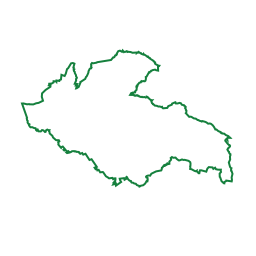 the district of Teuchitlán, Jalisco, Mexico, rotated 76°
{"feature_id": "50627088B99010084174784", "entity_name": "Teuchitlán", "entity_type": "district", "adm_level": 2, "iso_a3": "MEX", "parent_name": "Mexico", "parent_adm1": "Jalisco", "projection": "albers", "projection_center": [-103.827, 20.68], "detail": "fine", "context": "isolated", "style": "outline", "palette": "green", "viewbox_px": 256, "rotation_deg": 76, "n_neighbors": 0, "source": "geoboundaries", "source_scale": "gbopen_adm2", "svg_char_len": 5780}
<svg xmlns="http://www.w3.org/2000/svg" viewBox="0 0 256 256"><g transform="rotate(76 128 128)"><path d="M56.0,166.3L52.6,164.4L51.6,165.8L51.5,167.6L55.5,171.6L56.1,172.9L60.2,175.2L62.2,176.9L60.3,179.7L64.7,181.3L65.0,183.0L65.7,183.3L64.6,185.9L65.8,186.3L65.4,186.5L64.6,188.9L65.8,189.3L66.4,191.3L66.0,193.7L66.7,193.8L67.4,194.4L67.9,192.9L69.2,193.3L71.1,198.7L73.6,203.0L76.9,204.1L81.0,203.9L82.0,208.7L81.8,211.2L82.2,214.1L81.2,217.9L80.9,218.1L80.6,220.2L78.9,223.5L78.6,224.9L93.7,223.5L94.0,223.9L96.1,224.0L96.8,223.6L98.4,224.1L99.4,223.8L100.5,222.8L100.9,223.4L101.8,223.3L103.5,222.6L103.8,222.3L104.0,220.8L105.5,218.9L105.8,217.8L106.1,217.6L107.8,217.7L108.6,217.1L107.8,216.0L109.6,215.6L110.2,213.4L109.2,211.9L109.9,210.6L111.8,209.5L111.8,208.9L110.4,208.0L110.0,206.7L111.0,205.5L111.1,204.8L112.1,205.4L112.5,205.1L114.4,205.3L117.2,203.3L119.1,203.0L122.3,200.8L122.9,199.4L122.8,198.9L123.2,198.0L124.3,197.8L125.0,199.2L125.9,199.1L127.2,199.6L130.3,198.1L131.0,197.7L130.4,197.2L130.2,195.8L133.1,194.4L133.6,195.8L134.4,195.3L134.0,194.0L136.0,193.0L135.9,191.6L136.7,191.1L137.0,193.6L137.6,193.2L137.7,190.3L137.4,190.0L137.5,189.1L137.0,188.0L137.4,185.9L137.8,185.5L137.7,185.1L138.1,184.2L138.6,184.0L139.2,181.9L140.0,181.5L139.9,181.2L141.5,180.6L141.2,178.5L143.0,177.9L142.7,175.5L149.7,173.1L149.5,170.9L158.1,167.7L158.4,170.0L160.1,169.4L160.0,168.3L161.7,168.0L161.5,166.6L164.3,165.7L164.6,163.2L164.9,162.8L169.5,161.1L171.5,159.1L172.0,158.9L172.3,158.4L172.6,155.3L174.1,154.8L174.0,154.4L173.5,154.0L173.8,152.4L174.6,152.5L176.0,153.1L176.5,153.8L176.8,153.4L177.2,153.5L178.2,153.3L177.7,155.2L177.8,155.5L178.8,155.5L179.2,155.9L179.2,153.5L181.0,153.6L178.7,147.7L176.8,148.3L175.2,148.3L175.7,144.0L177.4,143.9L176.8,141.7L175.5,141.8L175.1,141.2L175.6,140.8L177.0,140.6L178.3,140.0L179.6,139.1L180.1,138.0L181.1,138.0L181.8,137.7L182.3,136.3L183.3,135.5L184.0,133.9L185.5,133.2L186.9,131.2L187.6,131.1L187.5,130.5L187.1,130.4L187.2,127.0L186.0,124.7L184.3,123.1L184.5,122.1L183.9,121.8L183.5,122.1L183.0,121.4L181.2,121.1L180.5,122.1L179.8,122.3L179.5,122.2L179.1,121.4L179.0,119.9L179.3,118.6L179.6,118.0L178.0,116.4L176.9,111.2L177.2,106.0L176.5,105.4L174.7,104.7L174.6,104.0L173.5,102.9L173.7,101.7L173.4,100.7L172.9,102.7L172.6,100.1L172.8,99.5L171.8,98.4L172.8,97.4L172.8,96.5L170.6,96.0L169.4,94.1L168.7,93.7L167.4,93.8L166.8,92.4L167.8,91.4L168.2,89.0L169.8,88.2L171.7,86.6L171.9,85.8L171.6,83.2L172.4,82.0L172.6,80.7L174.5,77.2L176.2,75.9L177.4,75.9L179.5,76.5L180.2,77.0L180.8,76.9L182.8,77.6L183.4,76.3L185.8,73.7L186.4,72.7L186.1,71.7L186.6,71.9L187.8,70.9L188.9,70.5L189.1,69.7L186.5,68.5L186.7,67.3L189.3,62.6L186.6,60.8L185.5,59.1L186.7,55.5L188.3,55.1L187.6,53.1L189.3,52.6L190.3,50.5L190.9,48.0L192.0,48.4L193.2,48.4L194.4,50.1L197.6,50.8L198.1,50.5L202.2,50.1L204.8,48.4L205.0,47.9L203.7,47.4L203.2,45.5L202.8,45.3L204.9,40.3L203.6,39.7L201.0,39.4L197.8,37.7L194.8,37.9L194.5,38.3L193.6,38.2L192.1,37.4L191.9,37.8L190.4,38.4L185.8,38.5L183.3,36.5L180.4,36.0L179.0,35.1L178.1,35.0L177.9,35.4L177.0,35.8L175.7,35.7L175.4,36.1L173.0,36.8L172.3,36.2L172.1,35.6L171.7,35.5L170.7,33.6L170.0,33.3L169.1,33.6L168.9,34.2L167.4,35.1L163.9,36.7L163.5,36.6L162.7,35.8L162.8,34.8L163.4,34.5L162.1,34.4L161.6,33.8L162.3,31.1L162.1,31.2L161.3,32.1L160.2,32.5L158.5,34.8L156.8,36.0L156.2,37.7L155.8,37.9L155.7,38.6L154.9,39.2L154.5,39.0L154.1,39.4L152.9,41.1L150.8,42.6L150.6,43.6L148.1,44.2L145.9,45.1L144.1,46.4L143.4,47.5L143.2,49.2L141.6,50.5L140.7,51.6L139.3,54.1L139.6,54.8L139.1,55.2L138.9,55.9L138.1,57.1L137.4,57.6L137.1,58.5L135.3,60.0L134.6,61.8L132.5,63.8L132.0,65.0L132.0,65.9L127.6,68.3L127.3,67.8L125.3,67.1L124.6,67.5L123.9,67.3L122.4,67.8L121.6,66.9L120.3,67.6L120.0,68.1L119.5,68.1L118.4,70.2L116.8,70.7L116.1,71.9L116.2,74.0L115.7,75.7L114.5,75.8L114.5,76.3L115.0,79.3L116.0,79.9L116.5,83.6L118.0,85.0L117.4,89.2L116.5,89.8L115.7,89.8L115.7,90.6L114.8,92.0L114.5,93.4L113.5,94.6L112.7,96.6L111.4,97.4L111.0,98.0L110.6,97.9L109.7,98.7L107.5,98.9L107.6,98.6L107.0,97.9L106.9,98.9L106.3,98.9L105.6,99.8L102.7,101.5L102.9,101.9L102.4,102.3L102.7,102.4L102.7,103.6L102.0,104.3L101.7,106.2L101.1,106.9L101.2,107.7L100.1,109.5L99.7,109.6L99.2,110.6L98.6,110.7L98.4,111.2L98.8,111.4L98.3,112.6L98.5,112.9L98.2,113.9L97.6,114.0L97.2,114.9L96.4,117.9L94.9,116.4L95.0,115.6L94.8,115.2L95.4,114.7L95.3,113.9L94.6,113.1L95.0,112.4L93.9,111.9L93.1,110.5L91.1,109.8L90.2,110.0L89.4,109.6L89.1,109.0L89.7,108.8L89.3,108.5L88.9,108.8L88.1,108.1L87.9,107.4L86.8,106.1L86.8,104.5L86.0,104.1L85.8,103.4L86.2,103.2L86.2,101.6L86.6,101.0L86.7,100.3L86.3,99.6L84.6,98.7L82.8,98.4L82.6,97.5L79.6,94.7L79.5,94.0L78.9,94.0L78.7,92.3L78.1,91.8L78.2,91.3L77.8,90.4L77.9,87.6L78.7,86.8L79.6,84.9L75.4,84.0L75.5,82.9L75.2,82.6L75.0,83.2L72.5,86.0L71.5,86.2L70.9,85.8L69.6,87.0L69.1,86.9L66.1,89.8L65.3,89.9L65.0,90.7L63.9,91.1L63.8,91.7L63.3,91.6L63.1,92.2L61.1,94.0L60.7,94.8L59.9,95.0L60.4,95.5L59.2,97.2L58.5,97.3L58.3,97.9L57.4,98.7L57.5,99.1L56.7,99.4L57.4,101.3L56.9,101.1L56.1,105.4L54.9,107.1L54.1,109.4L54.1,110.0L53.6,110.0L53.1,110.9L53.5,111.9L53.2,112.9L53.4,113.6L51.5,114.4L52.6,115.4L51.0,117.1L51.1,118.9L52.7,120.5L53.8,121.0L53.8,121.5L54.5,121.8L54.5,122.9L55.9,124.1L56.1,124.8L55.9,125.3L57.9,128.0L56.7,142.1L57.0,142.6L56.8,146.2L56.2,147.2L57.2,148.4L58.6,148.5L59.0,148.9L60.5,148.7L61.0,149.2L60.8,149.4L61.4,150.9L63.4,152.6L64.6,153.0L66.1,154.1L67.9,155.6L68.4,156.5L70.0,157.6L71.9,163.0L72.1,162.9L76.2,165.9L77.0,168.2L77.0,168.7L74.6,167.3L74.2,168.3L73.0,166.8L72.2,169.0L70.0,167.3L69.3,166.8L67.9,166.6L67.4,165.8L66.6,165.4L65.5,165.9L64.1,165.7L61.8,166.3L60.7,166.1L59.9,166.6L59.1,166.7L58.1,165.9L57.6,166.5L56.3,166.0L56.0,166.3Z" fill="none" stroke="#15803d" stroke-width="2"/></g></svg>